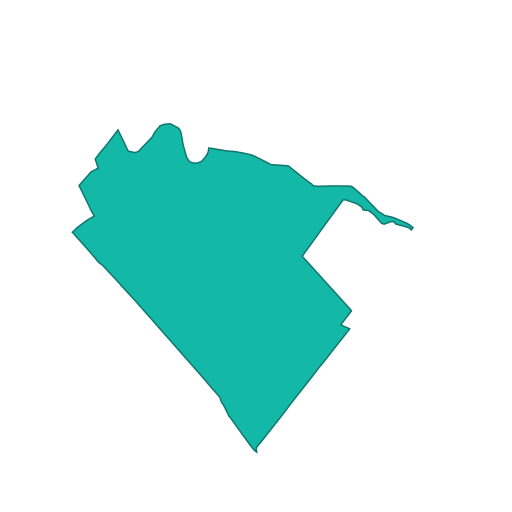 the district of Robeasca, Buzau, Romania, rotated 153°
{"feature_id": "2599482B80485604843100", "entity_name": "Robeasca", "entity_type": "district", "adm_level": 2, "iso_a3": "ROU", "parent_name": "Romania", "parent_adm1": "Buzau", "projection": "robinson", "projection_center": [27.128, 45.133], "detail": "fine", "context": "isolated", "style": "filled", "palette": "teal", "viewbox_px": 512, "rotation_deg": 153, "n_neighbors": 0, "source": "geoboundaries", "source_scale": "gbopen_adm2", "svg_char_len": 2308}
<svg xmlns="http://www.w3.org/2000/svg" viewBox="0 0 512 512"><g transform="rotate(153 256 256)"><path d="M408.8,360.5L408.2,358.2L408.1,357.8L407.1,353.9L405.5,347.9L401.9,334.1L401.0,330.2L400.0,326.2L399.8,324.5L398.8,321.0L398.6,320.6L397.0,317.7L389.7,292.1L389.8,291.9L383.7,270.1L360.9,181.0L357.5,167.7L357.1,165.5L353.3,150.3L352.3,146.4L352.7,145.0L353.1,140.6L352.7,138.9L352.6,134.5L352.8,125.0L352.5,124.5L352.2,124.5L352.2,123.0L350.2,110.0L349.8,107.4L349.0,102.3L348.9,101.8L347.6,93.6L347.1,90.4L346.8,88.8L346.1,85.3L345.8,83.9L345.1,82.4L344.4,81.0L344.0,82.3L343.0,84.9L330.8,90.4L318.7,96.0L303.8,102.9L289.3,109.9L272.2,117.8L267.2,120.1L260.1,123.4L251.5,127.5L238.3,133.4L225.9,139.2L205.6,148.5L211.8,156.2L195.8,163.8L195.8,164.1L202.0,187.1L213.8,230.6L214.0,231.1L215.0,234.8L185.7,249.8L152.9,266.5L150.7,265.4L142.5,256.9L139.5,251.7L139.6,248.3L135.2,245.5L132.1,239.3L129.4,228.4L128.1,226.9L127.0,226.1L120.5,225.4L118.6,224.7L117.4,223.9L117.5,223.5L117.0,221.1L107.2,212.2L105.7,208.7L105.4,208.8L104.0,209.6L103.2,210.0L103.7,211.0L104.3,212.4L104.6,213.2L105.4,214.5L106.5,216.4L113.7,225.1L115.0,226.6L116.1,227.8L117.9,229.5L122.8,233.5L126.0,238.8L126.7,239.9L127.5,242.2L128.0,244.2L131.1,254.1L132.5,259.1L134.0,261.8L134.8,264.3L138.7,273.9L139.7,275.0L141.5,276.2L151.8,281.5L156.2,283.8L163.0,287.0L169.8,290.3L172.9,292.4L173.3,293.2L173.6,294.6L174.9,296.9L178.4,304.1L186.3,321.7L201.3,330.7L203.1,333.5L212.7,346.5L214.4,348.3L219.9,352.9L226.1,357.7L227.3,358.6L228.7,359.4L234.2,362.8L239.1,366.4L246.9,372.2L248.1,373.1L249.1,373.6L251.4,370.3L255.4,367.5L261.1,365.1L265.9,365.4L269.4,367.1L272.4,370.0L272.7,372.7L273.0,375.5L270.4,388.5L268.0,395.9L266.6,401.1L266.9,404.6L268.0,406.6L272.3,412.7L277.9,415.0L282.3,415.6L289.9,412.3L294.4,409.2L312.9,402.7L314.9,402.6L317.4,403.4L322.3,407.6L322.2,411.9L322.0,416.2L321.9,420.3L321.9,424.1L321.7,431.0L325.7,429.1L338.6,422.9L341.5,421.6L346.0,419.8L348.0,418.9L349.7,418.1L352.4,416.8L354.9,415.6L355.3,415.0L356.7,405.9L363.2,405.9L364.1,405.9L364.8,405.8L381.7,399.1L381.8,390.2L382.0,379.6L382.2,371.7L382.2,368.7L381.8,365.0L389.6,364.6L392.6,364.2L396.6,363.5L402.8,362.4L403.4,362.2L405.8,361.4L408.1,360.7L408.7,360.5L408.8,360.5Z" fill="#14b8a6" stroke="#0f766e" stroke-width="1.5"/></g></svg>